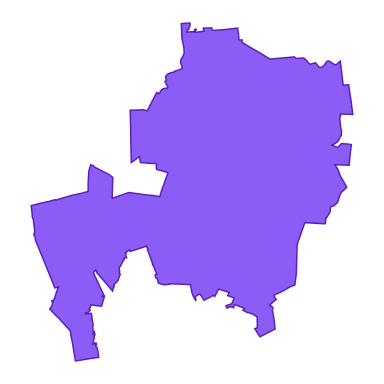 outline of Deleni, Constanta, Romania
{"feature_id": "2599482B62281823725269", "entity_name": "Deleni", "entity_type": "district", "adm_level": 2, "iso_a3": "ROU", "parent_name": "Romania", "parent_adm1": "Constanta", "projection": "natural_earth1", "projection_center": [28.022, 44.057], "detail": "fine", "context": "isolated", "style": "filled", "palette": "violet", "viewbox_px": 384, "rotation_deg": 0, "n_neighbors": 0, "source": "geoboundaries", "source_scale": "gbopen_adm2", "svg_char_len": 5863}
<svg xmlns="http://www.w3.org/2000/svg" viewBox="0 0 384 384"><path d="M35.5,240.8L35.8,241.1L37.8,245.9L44.6,262.5L54.9,288.0L58.5,286.8L57.7,288.6L53.7,300.5L53.3,300.4L52.6,300.5L51.8,300.8L51.7,301.2L52.9,302.5L52.4,303.2L52.5,303.6L51.8,305.9L51.3,307.1L50.9,307.3L49.8,309.0L56.8,316.5L57.7,317.1L70.2,330.7L71.1,336.4L72.6,343.6L73.9,352.0L75.5,361.0L90.6,358.5L98.8,357.3L97.8,351.1L97.2,348.0L95.3,344.9L95.4,344.7L96.6,344.5L96.5,343.8L96.1,343.1L95.8,342.9L94.3,343.2L93.2,344.3L92.6,343.8L93.3,342.9L93.5,340.3L94.3,338.0L94.2,335.6L95.0,335.0L94.7,333.7L92.8,334.0L92.8,333.6L93.0,333.4L93.7,333.2L94.0,332.9L94.5,332.7L94.3,331.5L93.5,331.7L93.2,330.9L93.0,330.3L93.0,329.5L92.8,327.9L92.7,325.6L93.2,325.3L93.2,325.2L92.2,319.5L91.9,316.6L91.3,313.4L91.1,313.3L90.8,313.3L89.3,313.7L88.0,313.7L85.4,313.9L85.1,313.2L88.2,312.3L90.2,310.3L89.3,309.0L90.4,307.2L90.7,304.9L101.5,306.2L104.4,296.5L102.0,296.7L102.0,296.4L104.1,295.6L99.1,285.1L97.8,281.9L93.5,273.3L94.5,271.3L95.9,270.0L96.7,271.8L96.9,272.7L97.3,273.4L99.9,276.1L101.6,278.2L103.2,279.9L103.9,280.9L105.1,282.2L106.1,283.5L108.5,286.1L109.8,287.8L112.6,291.1L113.3,287.6L114.1,286.9L113.7,286.6L113.6,286.2L113.7,285.9L114.1,285.5L114.2,284.7L114.3,284.3L117.0,281.7L117.5,281.1L118.2,280.0L118.6,278.4L119.3,276.9L119.6,275.9L120.3,274.2L119.7,274.0L119.3,273.7L119.2,273.4L119.7,271.8L119.3,269.6L119.4,266.9L120.6,266.3L120.9,265.2L123.4,260.5L124.2,259.5L124.3,259.2L124.2,258.9L123.8,258.6L123.8,258.0L125.4,257.8L125.7,257.6L126.6,257.8L126.4,256.9L126.0,256.3L125.7,255.7L125.8,254.8L126.0,253.5L125.8,253.0L125.5,252.7L126.9,251.9L128.2,250.7L128.4,250.0L129.3,249.8L130.1,251.5L146.4,246.2L147.5,248.7L147.8,249.6L147.7,250.2L152.0,262.0L152.3,263.2L152.8,264.5L152.5,264.8L152.7,265.2L153.1,265.3L153.8,266.6L155.0,270.0L156.9,274.0L155.2,274.6L155.3,276.1L155.5,277.0L155.8,277.5L156.4,278.3L156.6,278.3L157.2,278.9L157.4,279.3L158.4,283.2L163.8,284.8L169.7,284.3L169.6,283.7L190.5,284.6L191.5,290.3L191.7,291.9L193.1,295.8L194.1,297.8L195.7,300.4L195.8,300.3L195.9,299.8L195.6,298.7L195.2,297.7L195.2,297.3L196.0,296.4L196.8,295.6L199.9,293.9L204.2,300.3L207.3,298.5L210.0,297.2L213.5,295.3L214.7,296.5L218.6,289.1L229.1,292.4L227.7,295.6L234.3,298.0L231.7,303.8L226.0,305.7L227.0,308.3L229.1,307.1L233.1,306.9L233.2,307.7L233.8,307.7L233.6,306.4L234.9,304.6L244.6,308.4L243.2,309.9L243.0,310.3L247.5,312.6L248.9,312.7L253.6,314.5L257.1,316.9L257.3,323.3L257.3,327.7L254.8,328.7L259.9,336.8L260.0,336.8L275.1,329.0L274.2,320.5L273.6,316.3L272.5,310.9L272.5,310.3L272.8,309.4L272.9,307.6L271.6,306.2L270.4,306.3L270.2,305.4L269.8,305.3L270.2,304.7L271.2,303.7L275.7,299.8L276.2,299.6L273.8,295.7L274.5,295.0L277.6,293.3L279.9,292.6L281.4,291.8L285.3,289.6L289.2,287.3L291.5,286.2L294.9,285.0L295.0,283.6L296.4,273.1L296.9,252.2L297.3,244.1L304.7,223.0L304.9,222.7L305.4,222.7L325.0,223.8L325.2,223.5L325.5,222.8L325.9,217.7L326.5,217.7L326.9,217.4L327.1,216.7L328.0,215.6L328.1,215.2L330.0,212.3L330.5,207.8L331.0,206.8L331.4,206.4L331.9,206.2L333.3,206.0L333.9,205.8L337.5,202.4L337.9,201.5L339.1,197.6L340.7,193.3L341.0,192.6L342.4,191.5L345.8,188.1L346.6,187.8L346.5,186.7L340.2,175.7L338.1,169.7L334.9,164.7L349.2,165.2L350.1,154.7L351.4,144.6L350.1,144.5L349.2,144.2L342.8,143.6L341.6,143.6L340.5,144.5L338.0,147.1L337.7,147.3L335.7,146.8L331.7,145.1L331.9,144.7L333.3,144.5L333.8,144.3L337.1,142.1L338.3,141.0L339.7,137.8L340.9,135.8L341.3,135.4L341.4,132.5L341.6,131.2L340.9,128.6L340.1,122.4L339.8,117.3L340.0,116.9L340.5,116.4L340.4,114.1L348.3,114.2L352.8,114.5L351.9,107.4L351.7,107.0L351.3,106.7L351.6,106.1L351.7,105.2L348.6,84.7L343.2,85.2L340.3,61.2L336.8,64.2L336.1,64.6L335.5,64.7L334.7,64.6L331.8,63.0L329.9,61.4L329.3,61.1L328.7,61.0L327.4,61.2L326.7,61.6L323.9,65.6L321.5,67.3L320.5,67.5L319.6,67.3L319.1,67.1L318.3,66.2L316.4,63.8L315.9,63.2L315.2,62.8L310.7,64.1L309.7,64.1L309.2,63.8L307.2,61.2L304.3,58.4L302.6,57.9L296.3,58.5L295.1,57.5L294.2,56.9L270.7,59.0L270.2,59.1L265.2,56.2L262.0,54.1L250.3,47.4L242.0,42.3L242.1,40.7L242.0,39.8L239.8,40.1L239.3,39.9L239.0,39.5L238.5,34.6L238.5,33.5L238.2,32.6L237.9,31.0L237.8,28.1L224.3,29.6L214.8,30.3L212.8,30.3L212.3,30.0L212.0,29.6L211.9,29.2L211.9,27.9L203.3,28.1L203.4,29.1L204.2,31.2L199.7,31.7L199.0,31.9L197.7,32.1L194.9,32.2L196.2,29.3L194.9,29.1L194.1,31.7L186.8,32.0L187.1,30.0L188.1,29.9L188.7,29.7L189.3,27.2L189.9,26.3L190.1,24.3L190.0,23.0L181.3,23.6L181.9,38.4L183.8,47.2L184.0,49.7L184.1,52.7L184.0,53.7L182.6,57.0L181.2,58.7L180.6,61.5L180.7,63.0L182.1,67.0L182.3,68.4L181.5,68.9L179.4,69.7L174.9,71.1L173.3,72.2L170.6,72.9L169.0,73.4L167.9,74.0L167.0,74.7L165.8,76.3L165.6,76.9L165.6,77.6L165.8,78.3L166.0,79.1L166.4,79.9L166.4,80.2L166.2,80.5L165.2,81.1L165.0,81.5L165.2,82.2L167.0,85.3L167.7,87.6L167.6,87.9L167.3,88.1L166.5,88.3L164.7,88.3L163.2,88.8L162.5,89.1L160.9,90.6L160.5,91.1L160.2,92.4L159.7,92.9L158.9,93.0L159.0,93.2L159.2,93.4L159.1,93.6L158.6,93.7L157.8,93.0L156.6,92.6L147.2,110.8L146.7,110.8L144.4,110.0L141.8,109.7L138.9,110.0L130.2,110.2L130.7,130.9L130.6,131.2L131.3,162.5L139.4,156.7L139.6,156.9L140.0,160.1L140.5,162.6L150.5,163.4L152.0,163.4L156.0,163.6L156.9,165.1L156.1,166.1L156.6,169.5L160.6,170.4L168.0,172.7L161.5,190.8L159.8,196.6L151.8,195.3L147.7,195.1L128.9,192.5L123.3,194.4L122.2,194.9L119.9,195.6L112.3,198.3L112.2,198.2L112.8,177.5L109.8,175.0L95.4,167.5L94.3,166.8L92.8,165.3L91.6,165.3L90.7,164.8L90.2,166.9L89.7,167.8L88.8,171.5L88.2,181.5L88.1,191.5L82.2,193.1L70.8,195.6L68.6,196.4L58.6,199.2L56.7,200.0L55.9,200.1L55.2,199.8L54.8,199.7L54.0,199.9L52.5,200.5L50.6,200.8L50.3,201.1L40.9,203.2L31.2,205.6L31.8,211.5L32.2,213.5L32.2,216.0L32.5,217.5L33.3,219.5L34.5,228.8L34.7,231.8L34.4,232.4L34.3,233.0L34.3,233.9L33.8,234.4L33.7,234.8L33.9,235.2L34.8,236.0L35.0,236.5L35.5,240.8Z" fill="#8b5cf6" stroke="#5b21b6" stroke-width="1.5"/></svg>